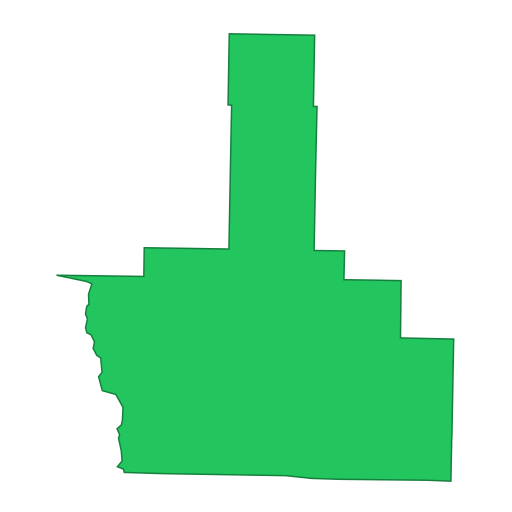 the district of Grant, New Mexico, United States of America, rotated 181°
{"feature_id": "52423323B35670822030134", "entity_name": "Grant", "entity_type": "district", "adm_level": 2, "iso_a3": "USA", "parent_name": "United States of America", "parent_adm1": "New Mexico", "projection": "robinson", "projection_center": [-108.207, 32.536], "detail": "fine", "context": "isolated", "style": "filled", "palette": "green", "viewbox_px": 512, "rotation_deg": 181, "n_neighbors": 0, "source": "geoboundaries", "source_scale": "gbopen_adm2", "svg_char_len": 882}
<svg xmlns="http://www.w3.org/2000/svg" viewBox="0 0 512 512"><g transform="rotate(181 256 256)"><path d="M57.2,34.3L57.2,57.7L57.2,57.8L57.1,72.5L57.2,72.9L57.0,80.3L57.0,80.6L56.9,176.4L110.1,176.6L110.5,233.9L142.3,233.9L167.7,233.8L167.5,262.6L198.0,262.5L197.9,343.6L197.6,406.6L201.2,406.6L201.2,477.8L286.6,477.7L286.6,406.5L283.0,406.5L283.1,364.6L283.2,262.5L332.3,262.4L367.9,262.3L367.8,233.6L455.1,233.3L425.1,227.6L419.6,225.3L422.8,214.9L422.2,204.7L424.3,202.9L425.5,195.0L423.4,190.2L425.2,181.4L423.8,176.3L419.5,174.3L416.0,167.4L417.2,160.7L413.5,153.9L409.5,151.4L407.9,137.0L411.3,132.6L407.3,118.7L393.7,115.1L386.3,102.3L386.7,89.6L387.7,84.7L391.9,80.8L389.2,74.8L390.3,71.6L387.3,58.9L386.3,48.7L390.9,42.9L384.8,40.6L383.9,37.3L346.4,36.8L222.2,36.9L196.5,34.6L167.9,34.2L82.3,34.8L57.2,34.3Z" fill="#22c55e" stroke="#15803d" stroke-width="1.5"/></g></svg>